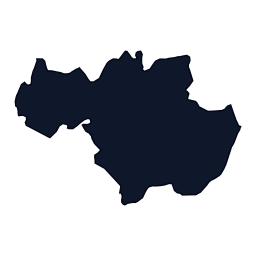 Hihya, Ash Sharqiyah, Egypt (Albers equal-area conic projection)
{"feature_id": "37247803B80618316463204", "entity_name": "Hihya", "entity_type": "district", "adm_level": 2, "iso_a3": "EGY", "parent_name": "Egypt", "parent_adm1": "Ash Sharqiyah", "projection": "albers", "projection_center": [31.584, 30.652], "detail": "fine", "context": "isolated", "style": "filled", "palette": "ink", "viewbox_px": 256, "rotation_deg": 0, "n_neighbors": 0, "source": "geoboundaries", "source_scale": "gbopen_adm2", "svg_char_len": 2920}
<svg xmlns="http://www.w3.org/2000/svg" viewBox="0 0 256 256"><path d="M240.6,126.6L238.6,125.9L235.6,119.5L230.6,105.0L227.9,106.0L226.9,107.0L226.3,107.5L225.2,109.1L222.1,110.6L215.5,111.1L211.0,111.4L209.4,111.4L207.8,111.4L199.0,106.9L196.9,103.1L195.4,101.5L189.9,100.2L187.5,99.7L187.5,99.2L187.6,97.6L188.7,93.9L188.7,93.4L187.2,91.7L185.6,90.6L185.6,90.2L185.6,89.6L189.4,85.4L190.5,83.8L192.7,80.7L189.2,69.4L188.2,67.3L188.3,64.1L188.8,63.6L189.9,60.4L189.5,57.2L189.0,56.9L187.9,56.1L186.9,55.5L183.7,56.0L179.5,56.9L177.9,56.9L174.2,57.9L173.0,58.0L170.0,58.3L165.7,59.3L162.0,59.2L159.9,59.2L156.7,60.7L155.7,61.2L155.1,61.9L154.1,63.3L151.9,66.4L150.3,69.0L148.0,70.0L144.4,71.6L143.4,70.5L141.8,69.4L142.9,67.3L141.4,63.0L141.5,61.9L141.5,57.7L142.1,54.5L141.0,52.0L140.6,51.3L138.0,51.7L136.4,52.8L135.8,55.4L137.3,58.6L135.2,59.1L133.1,59.1L131.0,57.4L130.7,56.7L130.5,56.3L126.9,51.5L125.9,51.4L125.4,51.4L124.3,52.5L123.7,53.5L118.9,59.8L116.2,59.2L113.1,59.1L109.4,61.2L107.2,63.3L103.4,70.1L99.5,78.5L93.7,82.1L90.0,82.0L87.9,79.3L84.9,74.4L79.2,67.9L78.7,68.5L76.8,69.2L76.0,69.5L74.4,70.5L71.2,72.5L69.6,73.6L67.0,74.0L63.8,74.0L60.7,72.8L57.5,72.2L51.8,71.0L48.7,70.9L47.6,70.9L46.6,68.8L45.6,65.6L44.6,61.3L42.5,59.1L36.9,59.0L37.2,60.6L35.6,65.3L34.5,68.5L33.3,71.1L31.6,77.5L31.6,81.2L31.1,83.9L31.0,84.4L27.8,85.4L26.2,84.3L24.7,82.6L24.1,84.2L23.6,83.1L22.2,84.2L21.5,84.7L18.2,92.6L16.5,96.3L15.9,98.9L15.4,101.1L15.4,101.9L15.8,105.9L17.3,107.0L17.5,107.5L18.3,111.2L18.3,113.4L18.7,115.5L19.3,115.5L23.0,115.1L26.6,116.8L26.6,120.0L25.4,122.6L26.2,124.6L26.4,125.3L32.1,128.2L40.8,132.8L48.8,137.0L49.9,137.5L56.3,131.3L58.0,128.1L58.9,126.4L59.1,126.0L61.2,124.5L62.8,123.5L63.9,123.7L67.5,124.6L68.0,126.8L67.6,128.0L68.6,128.5L70.7,128.5L72.8,128.6L77.1,125.5L78.7,123.9L81.4,121.8L84.0,119.8L87.8,118.3L89.9,118.8L90.9,121.0L90.8,122.1L90.3,123.6L87.6,124.6L86.6,124.6L83.4,124.5L82.4,125.1L83.9,127.8L85.9,131.0L87.5,132.1L89.6,133.2L90.1,134.3L91.6,135.9L92.1,138.6L93.3,140.9L94.6,143.4L95.6,144.5L99.8,148.9L100.8,149.4L101.1,149.8L98.1,153.1L94.9,155.2L94.8,156.8L95.3,161.0L95.2,163.0L104.6,168.2L112.3,176.5L116.1,180.6L121.0,186.0L119.8,192.9L121.4,193.0L122.4,196.2L121.8,199.9L121.8,201.0L121.8,202.0L122.9,203.6L123.3,204.2L124.9,204.7L127.5,203.2L130.2,202.7L132.3,202.3L135.4,202.3L136.5,201.8L137.5,201.2L138.1,200.8L140.8,198.7L142.4,197.7L144.5,193.1L145.7,190.9L147.3,188.2L148.1,187.5L148.9,186.7L152.6,185.7L156.3,185.8L161.0,185.4L162.2,185.2L164.2,184.9L167.4,183.9L169.0,183.4L172.1,183.5L174.6,190.5L177.2,192.6L180.4,193.3L182.4,194.9L194.0,194.6L195.6,194.7L198.8,192.9L200.4,192.1L206.8,184.8L209.1,181.6L209.3,181.5L211.2,180.1L214.3,178.6L219.1,175.5L220.7,174.0L223.5,169.2L225.1,165.8L225.7,164.5L230.5,149.7L231.3,147.1L233.5,143.4L234.6,140.7L237.4,133.4L239.6,129.7L240.1,127.6L240.6,126.6Z" fill="#0f172a" stroke="#020617" stroke-width="1.5"/></svg>